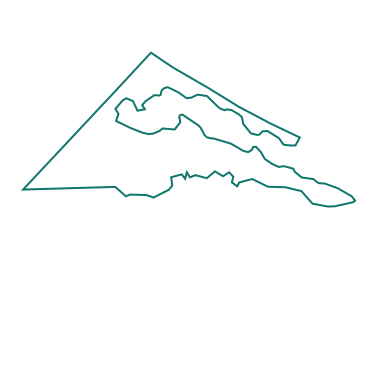 Currituck, North Carolina, United States of America (orthographic projection), rotated 313°
{"feature_id": "52423323B36348632800300", "entity_name": "Currituck", "entity_type": "district", "adm_level": 2, "iso_a3": "USA", "parent_name": "United States of America", "parent_adm1": "North Carolina", "projection": "orthographic", "projection_center": [-75.925, 36.311], "detail": "fine", "context": "isolated", "style": "outline", "palette": "teal", "viewbox_px": 384, "rotation_deg": 313, "n_neighbors": 0, "source": "geoboundaries", "source_scale": "gbopen_adm2", "svg_char_len": 1784}
<svg xmlns="http://www.w3.org/2000/svg" viewBox="0 0 384 384"><g transform="rotate(313 192 192)"><path d="M78.6,66.8L143.4,132.4L143.8,146.6L147.9,148.5L158.7,160.8L161.8,167.7L178.0,173.6L183.2,173.2L188.6,166.7L197.9,172.5L197.0,177.9L202.9,174.8L201.3,180.5L206.6,183.0L212.2,193.4L222.7,194.7L224.7,204.0L231.7,205.7L231.4,211.7L226.3,214.6L227.0,221.2L231.1,220.0L242.6,227.2L247.6,243.9L259.2,257.1L267.3,271.5L266.3,280.8L265.7,288.2L274.1,301.4L279.1,306.3L294.4,316.8L296.9,317.2L297.8,311.7L294.1,295.8L288.6,283.2L284.8,278.5L284.2,272.0L277.4,262.2L276.9,253.5L278.1,250.2L273.6,241.6L269.5,238.4L267.2,231.7L265.8,222.8L268.1,215.5L268.7,208.1L266.8,206.0L263.5,207.0L259.6,206.0L257.0,201.4L254.0,187.7L245.6,170.7L244.6,170.0L242.2,165.7L242.2,162.6L244.9,154.5L245.1,151.5L242.1,132.3L240.1,130.8L238.3,131.3L236.7,133.7L234.9,135.9L225.9,136.7L218.4,127.2L214.3,126.5L208.4,123.9L204.8,120.9L201.5,115.1L196.6,102.6L192.2,88.0L199.0,84.9L200.6,79.3L211.6,78.8L215.8,80.1L218.2,86.8L214.3,96.7L220.4,101.1L221.6,96.3L226.8,96.1L237.1,98.4L240.5,102.5L241.9,102.8L244.8,100.9L246.5,100.6L249.0,100.9L252.1,102.8L255.6,114.1L256.9,124.0L260.3,127.0L267.1,129.8L272.4,137.5L272.0,153.7L272.5,156.5L274.2,160.3L276.0,160.9L278.9,165.0L280.8,173.7L280.7,177.6L276.7,183.1L275.1,195.1L278.2,200.8L279.9,202.1L284.5,202.3L288.1,205.6L290.7,219.1L289.2,225.3L289.3,227.2L292.6,231.5L294.8,234.1L296.6,235.9L305.4,233.7L295.7,203.0L286.2,167.9L279.4,133.9L270.1,93.4L265.9,67.0L260.5,67.0L260.1,67.0L257.9,67.0L257.7,67.0L255.4,67.0L254.9,67.0L254.5,67.0L251.6,67.0L250.6,67.0L250.0,67.0L248.2,67.0L247.2,67.0L242.8,67.0L229.8,67.1L229.6,67.1L228.6,67.1L227.8,67.1L198.8,67.1L195.5,67.0L158.7,67.0L78.6,66.8L78.6,66.8Z" fill="none" stroke="#0f766e" stroke-width="2"/></g></svg>